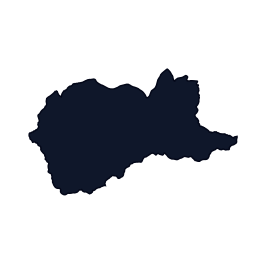 the district of Chiscas, Boyacá, Colombia, rotated 242°
{"feature_id": "7082276B27697411735501", "entity_name": "Chiscas", "entity_type": "district", "adm_level": 2, "iso_a3": "COL", "parent_name": "Colombia", "parent_adm1": "Boyacá", "projection": "orthographic", "projection_center": [-72.39, 6.674], "detail": "fine", "context": "isolated", "style": "filled", "palette": "ink", "viewbox_px": 256, "rotation_deg": 242, "n_neighbors": 0, "source": "geoboundaries", "source_scale": "gbopen_adm2", "svg_char_len": 5753}
<svg xmlns="http://www.w3.org/2000/svg" viewBox="0 0 256 256"><g transform="rotate(242 128 128)"><path d="M99.0,40.5L98.5,41.7L98.7,43.9L98.6,44.6L98.1,45.2L97.2,47.2L96.5,49.6L96.1,49.9L95.6,51.2L95.3,52.8L95.4,53.6L96.2,56.0L96.2,56.3L95.5,57.2L95.4,58.2L94.1,58.3L93.2,58.6L92.8,58.9L92.0,59.6L91.3,61.1L88.0,63.2L87.8,64.9L88.1,65.6L88.1,66.2L88.8,66.9L89.4,67.4L89.4,67.6L89.0,68.2L88.9,69.5L89.3,70.9L89.5,71.3L89.4,72.0L89.4,73.3L88.7,75.3L88.9,76.5L88.5,79.5L88.3,80.3L87.9,80.9L88.3,80.9L88.6,81.2L89.1,81.1L89.7,81.3L91.9,83.4L92.5,86.3L92.5,87.6L93.0,89.0L93.0,89.7L93.2,90.8L93.6,91.7L91.2,95.1L90.4,95.5L89.4,95.5L88.3,95.7L87.8,96.4L87.7,97.6L87.9,98.9L87.8,100.2L88.2,101.2L88.6,101.7L89.5,102.5L90.6,103.2L91.0,104.2L91.4,104.5L93.4,105.9L93.4,106.7L94.0,108.3L93.8,108.9L93.7,110.9L94.0,111.5L94.9,112.5L95.1,113.0L95.0,113.9L94.7,115.0L95.0,116.8L93.9,119.8L93.5,120.4L92.9,122.0L91.9,123.3L91.8,123.8L91.8,124.1L92.5,125.2L93.6,126.5L94.7,128.8L94.1,130.2L94.5,135.1L94.7,135.9L94.6,137.0L94.3,138.0L93.8,138.6L93.0,139.1L91.1,140.0L91.4,140.8L91.6,141.9L91.5,142.6L91.3,142.9L90.1,143.6L88.0,145.7L88.0,146.7L88.8,147.9L88.9,148.3L88.7,148.7L85.7,149.6L83.8,149.9L82.1,150.6L80.2,152.1L79.1,154.0L77.5,155.8L77.1,156.5L76.9,157.3L76.9,159.7L76.5,161.2L76.6,164.1L76.4,164.6L75.9,165.4L74.0,167.6L73.8,168.5L73.9,168.8L73.2,170.6L71.1,171.0L70.5,171.4L68.6,171.8L67.7,172.1L67.5,172.9L66.6,173.3L65.6,174.5L65.0,175.6L65.3,176.9L65.2,178.7L64.8,180.0L63.8,181.9L63.6,182.6L63.5,183.3L63.6,184.0L64.1,185.1L65.3,186.5L66.3,187.1L66.8,188.6L67.9,190.1L68.2,191.3L68.2,192.7L68.0,195.1L68.3,196.0L68.4,197.2L67.3,198.3L66.8,198.5L66.1,198.9L65.2,200.0L64.9,200.6L64.9,202.0L62.7,204.1L62.5,205.2L61.8,206.3L61.6,207.1L61.8,207.5L62.6,207.9L63.1,208.3L63.3,208.7L64.0,210.5L64.1,211.5L63.7,213.5L63.9,216.0L64.1,216.7L64.8,217.4L66.0,217.9L67.3,218.7L68.4,219.8L69.4,220.3L70.0,218.3L70.1,217.5L69.5,216.8L69.9,216.7L70.3,216.0L71.4,215.3L72.1,215.1L72.2,214.9L73.6,214.3L73.7,213.5L73.8,213.3L74.5,212.8L75.1,212.6L75.4,211.8L75.9,211.6L76.3,211.1L77.0,210.9L77.4,210.5L77.6,210.0L78.3,208.6L79.9,206.3L80.7,205.9L81.0,205.5L81.5,205.3L82.4,204.1L82.6,204.1L83.0,204.2L83.4,203.5L83.9,202.8L84.3,200.0L84.9,199.2L85.0,199.2L85.2,199.5L85.3,199.4L85.8,198.8L85.9,198.2L86.2,197.9L87.0,197.9L88.2,197.6L89.4,197.0L89.8,196.9L90.0,196.7L90.4,196.6L90.5,196.3L92.3,195.6L92.9,194.9L93.4,194.8L93.4,194.4L93.8,194.4L95.3,193.3L95.3,192.8L95.5,192.6L96.3,192.4L96.9,192.6L97.2,192.4L97.8,192.8L98.4,192.8L99.2,192.4L99.7,192.6L101.0,193.5L101.4,193.6L103.7,193.5L104.2,193.3L104.3,192.8L105.4,192.9L106.3,192.6L108.0,193.0L108.4,193.4L108.8,194.1L108.9,194.7L109.5,196.2L110.6,197.7L111.4,198.1L112.1,198.2L112.8,198.0L114.9,198.1L116.0,200.6L117.1,202.0L118.2,203.0L119.7,203.7L121.4,205.2L122.5,205.4L123.2,206.1L123.7,206.2L124.1,206.2L125.1,205.9L125.9,206.1L126.4,206.4L127.8,208.1L128.3,208.2L130.0,209.0L131.3,208.7L131.7,209.0L132.5,210.0L132.8,210.1L133.2,210.1L133.5,209.3L133.8,209.0L134.5,209.1L135.4,209.7L136.2,211.0L136.7,211.2L137.1,210.8L139.2,207.5L140.3,205.5L140.8,203.9L141.8,202.6L142.1,202.4L142.9,202.3L143.8,203.1L144.7,204.3L145.3,204.6L146.4,204.3L147.1,203.7L147.2,203.0L147.1,200.5L147.3,199.1L148.5,195.4L148.3,193.4L147.9,192.1L147.5,191.4L147.8,191.0L148.6,190.7L151.1,191.1L151.4,191.3L152.4,191.6L153.6,191.7L154.4,191.5L156.8,191.5L158.0,191.4L160.7,190.7L161.4,190.4L161.6,190.2L161.4,188.7L160.4,184.0L159.6,181.9L159.1,181.4L158.1,180.1L157.9,179.5L156.4,177.0L152.3,173.2L150.8,171.2L150.3,169.8L149.8,166.6L149.5,165.9L146.2,162.1L145.7,160.7L145.6,160.1L145.7,159.1L146.0,158.7L146.5,158.5L149.3,158.6L151.8,158.2L153.3,157.8L154.7,157.1L156.4,156.1L157.8,155.5L159.0,154.6L160.8,153.0L161.8,151.9L163.5,150.5L164.1,150.3L166.4,148.7L167.2,147.3L168.7,141.2L168.8,140.1L168.6,138.4L168.7,137.2L169.0,134.1L169.6,132.6L170.8,130.6L172.3,129.0L177.7,125.4L178.3,124.7L180.2,123.4L182.4,122.2L183.4,121.9L184.0,121.7L185.6,121.8L186.3,121.6L187.2,120.8L188.3,117.7L188.8,116.8L189.4,115.0L189.5,113.3L189.6,112.5L189.6,109.5L190.3,106.9L191.0,105.2L191.0,104.7L190.8,104.2L191.2,104.0L191.6,103.3L191.8,102.4L191.8,101.9L192.2,101.6L192.1,101.3L192.6,100.5L192.5,100.0L191.9,98.8L191.7,98.2L191.8,97.8L191.7,97.2L192.2,96.6L192.1,95.0L191.6,93.4L191.3,92.9L190.9,92.6L190.7,92.0L190.7,90.9L190.8,90.3L190.3,89.7L190.4,89.2L190.8,88.9L190.6,88.4L189.4,86.2L188.4,85.1L186.8,83.8L187.2,83.3L189.4,82.4L190.2,82.2L191.4,82.4L192.0,82.3L193.3,82.6L194.0,82.3L194.3,82.1L194.0,80.7L194.4,80.6L193.7,78.8L193.2,76.6L192.8,74.3L192.7,72.2L192.2,70.1L190.1,68.5L189.5,68.2L187.8,67.7L186.9,67.2L186.3,66.6L185.9,65.7L185.9,65.1L185.4,64.7L184.5,63.3L184.1,60.9L183.5,59.2L181.9,56.5L181.8,55.3L181.6,54.8L180.9,54.2L177.7,53.6L175.8,53.1L174.9,52.0L174.8,51.2L173.6,50.5L173.2,50.0L171.5,49.9L170.7,49.7L170.5,49.1L169.9,48.4L169.3,46.8L169.6,46.0L169.3,45.5L169.2,44.3L169.5,43.4L169.1,42.9L169.1,42.4L169.4,41.6L169.3,39.8L169.7,38.9L169.5,38.4L169.0,37.9L167.4,37.0L165.4,36.9L164.6,36.5L164.0,36.5L162.8,37.1L161.4,37.2L160.2,37.1L159.7,38.7L159.2,39.4L157.8,39.9L157.4,40.8L156.8,40.9L156.3,40.7L155.8,40.8L155.0,40.6L154.2,41.0L153.6,41.7L152.1,42.0L151.3,41.7L150.8,41.7L150.6,41.3L150.1,41.0L148.8,40.8L145.4,41.5L143.9,42.1L142.4,41.5L141.4,41.6L140.7,41.4L139.3,40.3L138.3,40.7L136.1,40.8L134.9,41.6L133.7,41.4L132.6,40.2L131.7,39.6L130.1,38.9L128.5,38.6L127.8,38.0L127.3,37.3L126.7,37.0L125.6,37.4L124.5,38.1L124.1,38.6L123.3,38.8L120.6,38.1L119.3,37.1L118.7,37.0L118.2,37.1L117.6,37.1L115.5,36.0L112.0,35.7L109.9,36.0L109.1,36.4L108.4,36.9L107.5,38.0L107.3,38.7L106.4,39.6L105.2,39.6L103.3,38.5L102.3,38.5L101.4,38.7L99.7,39.7L99.0,40.5Z" fill="#0f172a" stroke="#020617" stroke-width="1.5"/></g></svg>